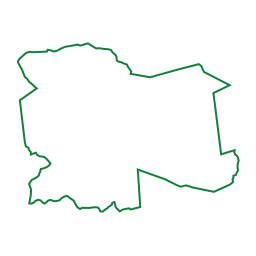 the district of Sousa, Paraíba, Brazil, rotated 271°
{"feature_id": "56859067B56829642718172", "entity_name": "Sousa", "entity_type": "district", "adm_level": 2, "iso_a3": "BRA", "parent_name": "Brazil", "parent_adm1": "Paraíba", "projection": "robinson", "projection_center": [-38.258, -6.752], "detail": "fine", "context": "isolated", "style": "outline", "palette": "green", "viewbox_px": 256, "rotation_deg": 271, "n_neighbors": 0, "source": "geoboundaries", "source_scale": "gbopen_adm2", "svg_char_len": 2145}
<svg xmlns="http://www.w3.org/2000/svg" viewBox="0 0 256 256"><g transform="rotate(271 128 128)"><path d="M49.2,141.6L52.3,141.3L54.6,141.2L56.8,141.0L60.1,140.7L62.8,140.5L64.7,140.3L66.6,140.1L68.5,140.0L70.7,139.9L73.4,139.6L75.4,139.4L77.4,139.3L80.0,139.0L82.6,138.9L84.7,138.6L86.6,138.5L77.4,165.9L75.9,168.9L73.2,174.7L71.2,178.9L70.3,182.0L71.6,187.0L70.8,190.3L69.8,193.0L65.7,215.0L73.2,230.9L75.9,234.0L78.3,233.4L80.0,234.2L82.1,234.2L82.9,236.6L84.8,237.3L87.4,238.8L89.9,238.3L92.1,238.2L94.5,238.5L97.0,239.2L99.5,238.7L102.0,237.6L103.2,235.7L105.5,234.7L107.7,235.0L103.3,221.6L147.9,215.2L164.4,212.8L165.9,215.7L172.6,228.9L185.3,203.1L187.8,201.7L191.2,200.3L193.1,197.7L186.8,175.0L179.1,149.2L182.2,129.6L184.4,130.3L186.8,128.6L189.3,126.8L191.4,125.9L192.4,122.9L193.7,120.0L194.2,117.4L195.1,115.7L197.1,115.4L199.2,115.2L201.0,114.1L203.1,111.4L205.6,109.7L206.4,107.0L206.6,103.7L206.8,101.0L207.3,97.7L207.0,94.8L211.9,86.4L209.6,79.0L210.5,76.1L209.2,69.9L208.8,67.6L208.1,63.8L206.2,59.5L203.9,55.5L203.2,52.2L204.2,49.7L204.8,46.4L203.0,45.6L202.1,31.2L202.5,28.4L201.2,24.7L195.6,18.6L192.9,16.8L191.0,17.2L188.7,18.5L184.8,20.8L177.1,24.1L175.6,26.1L172.4,28.4L169.7,31.8L167.5,34.2L166.0,36.0L153.9,19.4L112.0,25.1L109.9,25.7L107.9,26.2L106.4,28.8L104.3,29.4L102.3,31.2L99.8,31.3L100.8,33.8L101.7,36.2L99.5,37.7L98.3,39.8L97.9,41.9L97.8,44.4L95.9,46.8L93.5,49.2L91.0,51.1L88.8,49.4L87.2,46.8L86.2,44.4L85.5,41.6L82.8,40.9L81.0,40.2L78.9,39.6L77.5,38.1L75.8,35.5L74.8,33.1L72.9,31.6L70.3,30.1L67.2,31.3L64.7,32.1L62.2,32.1L58.7,31.9L50.9,30.6L50.7,32.8L51.7,35.1L53.3,36.4L54.7,39.3L54.1,41.9L52.0,43.9L51.0,45.8L52.3,47.7L53.9,49.2L54.8,51.4L54.2,53.5L53.5,55.6L53.8,58.0L54.5,60.8L56.8,62.9L58.4,65.7L59.1,68.2L57.5,70.4L55.9,72.7L54.4,75.0L51.7,76.4L49.9,77.5L47.9,78.8L46.2,81.3L47.4,83.9L47.4,87.2L47.4,90.3L47.9,93.6L48.2,96.2L48.0,99.2L46.4,100.8L44.1,101.7L44.1,104.5L46.0,106.4L47.2,108.6L48.7,109.7L49.6,111.4L51.0,113.1L53.0,113.6L53.7,115.7L51.0,116.5L48.6,117.1L46.8,118.8L44.5,121.3L46.3,124.0L47.1,127.2L47.7,130.2L46.6,132.1L49.2,141.6Z" fill="none" stroke="#15803d" stroke-width="2"/></g></svg>